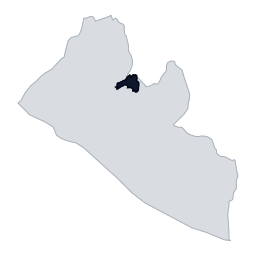 Zota, Bong, Liberia (highlighted)
{"feature_id": "62588387B17056544161092", "entity_name": "Zota", "entity_type": "district", "adm_level": 2, "iso_a3": "LBR", "parent_name": "Liberia", "parent_adm1": "Bong", "projection": "orthographic", "projection_center": [-9.445, 7.274], "detail": "fine", "context": "in_parent", "style": "filled", "palette": "ink", "viewbox_px": 256, "rotation_deg": 0, "n_neighbors": 0, "source": "geoboundaries", "source_scale": "gbopen_adm2", "svg_char_len": 4038}
<svg xmlns="http://www.w3.org/2000/svg" viewBox="0 0 256 256"><path d="M18.0,103.0L20.9,100.6L25.1,92.9L30.9,85.5L36.4,81.1L40.7,76.6L45.2,73.1L51.8,69.1L61.8,58.4L64.1,57.2L65.7,49.8L68.3,40.4L71.2,37.5L77.9,35.8L79.5,34.2L82.0,27.5L83.5,19.8L83.7,18.2L86.3,18.0L90.9,16.3L93.5,17.1L94.7,19.3L95.3,21.2L109.2,16.4L110.4,15.4L111.1,15.5L112.8,19.9L113.8,19.6L114.7,18.4L115.6,18.2L116.7,18.8L117.8,20.8L119.5,22.7L122.5,23.9L124.4,25.7L124.2,30.3L124.9,34.8L126.2,35.9L126.9,38.6L127.3,41.5L128.0,43.1L128.5,46.1L128.3,49.3L128.8,51.5L131.0,55.4L132.4,60.3L132.4,63.8L131.6,67.4L130.1,70.7L127.5,74.4L127.3,75.8L128.9,76.7L131.2,76.9L133.1,76.2L138.0,77.9L140.6,80.3L142.9,83.2L144.9,84.7L145.8,86.6L149.3,86.1L153.4,84.3L154.2,83.4L155.4,83.9L158.0,84.0L159.8,80.8L161.3,77.1L164.4,73.0L166.0,71.5L166.4,68.9L166.5,65.6L167.7,62.7L170.3,61.1L173.1,61.1L174.6,61.7L175.3,64.5L177.6,66.6L179.5,68.1L180.5,68.7L182.2,70.3L183.7,76.0L189.7,94.1L189.4,99.2L188.3,102.4L188.2,105.7L187.8,108.8L184.2,114.0L173.4,124.7L174.2,125.6L176.8,126.8L179.4,127.4L181.6,127.1L184.3,129.8L187.2,133.1L190.3,134.8L194.8,136.3L198.7,136.5L202.0,135.9L206.7,136.5L211.7,139.3L213.5,143.8L214.7,147.8L216.4,149.8L216.6,153.3L220.2,156.3L225.3,156.9L231.8,160.4L233.5,160.2L234.2,159.7L235.0,160.4L236.7,170.6L238.0,176.0L237.3,178.2L236.4,180.0L236.4,188.2L233.5,193.0L233.0,198.2L232.2,199.9L229.0,201.4L229.0,205.4L228.2,210.2L227.8,215.3L228.8,228.8L229.0,238.8L230.4,240.6L224.2,239.8L206.0,232.3L192.0,227.9L145.1,203.0L132.1,193.0L117.1,178.0L83.8,147.9L76.2,143.0L66.6,140.6L60.7,138.1L56.5,135.3L53.2,126.9L44.9,121.9L29.5,114.8L18.0,103.0Z" fill="#d9dde1" stroke="#a8b0b8" stroke-width="1"/><path d="M136.7,91.9L137.1,91.8L137.5,91.3L137.8,90.7L138.1,90.4L138.3,90.0L138.4,88.4L138.5,87.2L138.6,86.3L138.8,85.3L138.8,84.6L138.8,84.2L138.8,83.3L138.7,82.7L138.4,82.1L137.8,81.6L137.3,81.4L137.0,81.0L136.7,80.5L136.6,80.4L136.8,79.7L136.8,79.0L136.8,78.9L136.9,78.5L137.1,78.0L136.8,77.8L136.7,77.6L136.6,77.2L136.7,76.8L136.8,76.5L136.8,76.3L136.6,76.2L136.6,75.7L136.5,75.4L136.3,75.2L136.1,75.2L136.0,75.3L135.9,75.4L135.7,75.4L135.7,75.2L135.5,74.9L135.3,74.8L135.2,74.8L134.9,74.9L134.8,75.0L134.7,75.0L134.6,75.3L134.5,75.2L134.2,75.0L133.8,75.1L133.7,75.1L133.4,74.8L133.2,75.0L132.9,74.9L132.7,75.0L132.6,75.4L132.5,75.6L132.7,75.8L132.6,76.0L132.5,75.9L132.4,75.9L132.3,76.0L132.2,75.9L132.0,76.2L131.9,76.2L131.7,76.2L131.6,76.9L131.5,77.0L131.3,76.9L131.1,76.9L130.8,76.9L130.7,77.1L130.7,77.3L130.5,77.2L130.4,77.1L130.7,76.5L130.4,76.4L130.6,76.0L130.4,76.0L130.2,75.7L130.1,75.4L130.0,75.2L129.8,75.2L129.7,75.3L129.6,75.2L129.5,75.5L129.3,75.8L129.2,75.9L129.0,75.6L128.8,75.8L128.8,76.0L128.6,76.2L128.2,76.3L127.9,76.6L127.7,76.6L127.2,76.8L127.1,77.0L127.1,77.3L127.0,77.6L126.9,77.9L126.7,78.0L126.7,78.3L126.3,78.5L125.8,79.3L125.7,79.7L125.6,79.9L125.4,79.9L125.3,80.0L125.2,80.1L124.9,80.2L124.6,80.3L124.4,80.3L124.1,80.5L123.7,80.7L123.3,80.7L123.3,80.8L123.2,80.8L122.9,81.0L122.7,81.1L122.4,81.3L122.1,81.5L121.7,81.7L121.4,81.7L121.0,82.0L120.8,82.1L120.5,82.1L120.4,82.1L119.6,82.8L119.4,82.8L118.8,82.8L118.7,82.9L118.5,83.1L118.4,83.1L118.2,83.0L118.0,83.3L117.9,83.3L117.7,83.3L117.4,83.3L117.2,83.8L117.5,84.1L117.4,84.3L117.2,84.4L117.2,84.5L117.1,85.0L117.4,85.0L117.3,85.4L117.3,85.5L117.2,85.6L117.1,85.8L116.8,86.0L116.7,86.2L116.8,86.3L116.9,86.7L117.0,86.7L116.8,87.0L116.6,87.0L116.3,87.1L116.0,87.2L116.0,87.3L115.9,87.3L116.1,87.5L116.5,87.9L116.9,88.6L117.0,88.8L117.1,89.2L118.3,88.6L119.3,87.8L120.3,87.2L120.6,86.9L121.2,86.5L121.8,86.3L122.4,86.1L123.0,85.9L123.3,85.6L123.4,85.2L123.6,85.1L123.9,84.9L124.5,84.9L125.3,84.9L125.7,85.0L126.1,85.2L126.4,85.2L127.0,85.2L127.4,85.6L127.7,86.2L127.7,86.6L127.7,87.3L127.6,87.7L127.9,87.7L128.3,87.6L128.9,87.6L129.4,87.6L129.8,87.6L130.1,87.6L130.8,87.7L131.5,87.9L132.7,88.6L132.7,88.9L132.8,89.4L132.8,90.8L132.8,91.0L134.0,91.0L134.3,91.2L134.9,91.4L135.4,91.8L135.7,92.1L136.7,91.9L136.7,91.9Z" fill="#0f172a" stroke="#020617" stroke-width="1.5"/></svg>